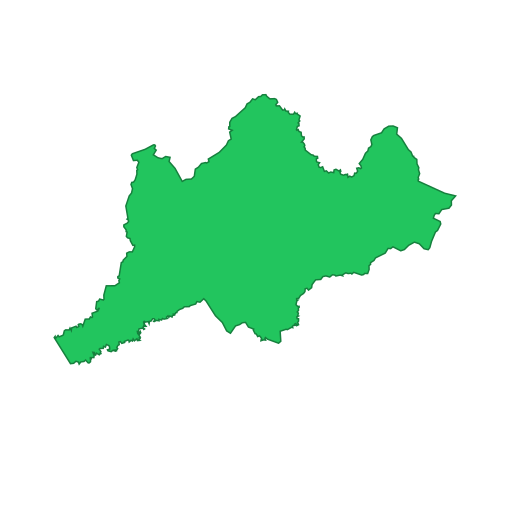 the district of Tonkpi, Dix-Huit Montagnes, Ivory Coast, rotated 25°
{"feature_id": "98640826B98350089255378", "entity_name": "Tonkpi", "entity_type": "district", "adm_level": 2, "iso_a3": "CIV", "parent_name": "Ivory Coast", "parent_adm1": "Dix-Huit Montagnes", "projection": "albers", "projection_center": [-7.715, 7.368], "detail": "fine", "context": "isolated", "style": "filled", "palette": "green", "viewbox_px": 512, "rotation_deg": 25, "n_neighbors": 0, "source": "geoboundaries", "source_scale": "gbopen_adm2", "svg_char_len": 6156}
<svg xmlns="http://www.w3.org/2000/svg" viewBox="0 0 512 512"><g transform="rotate(25 256 256)"><path d="M219.9,110.6L220.0,111.6L218.5,112.5L213.8,110.0L211.0,111.4L210.0,110.5L210.7,107.5L208.3,105.5L206.4,105.5L202.2,107.7L198.2,106.7L196.8,105.6L193.7,107.2L192.9,109.4L191.0,110.5L189.3,114.7L186.5,115.0L185.5,119.3L183.6,121.9L183.6,126.2L178.5,138.3L176.1,141.4L175.7,145.9L177.5,149.7L176.8,150.4L177.5,152.4L181.3,152.1L179.8,154.8L184.1,160.5L182.3,163.2L182.3,168.0L178.9,177.6L171.8,188.3L173.5,190.4L171.8,192.7L170.9,192.6L167.5,195.2L166.3,199.8L164.3,202.9L166.4,209.9L164.9,213.6L160.2,216.1L157.6,219.6L145.6,210.8L137.3,207.1L136.4,202.9L132.1,204.0L129.8,207.4L128.1,207.9L125.5,208.4L120.2,207.7L120.8,202.2L118.4,201.5L118.4,198.8L117.3,198.1L116.1,198.6L110.4,206.2L100.7,215.6L100.4,217.3L104.6,221.3L107.9,219.4L110.2,220.5L110.6,226.2L112.3,227.9L111.8,228.8L113.5,232.2L114.3,238.1L113.8,240.8L112.3,241.8L112.5,244.0L115.6,247.1L116.6,251.5L115.7,255.1L116.9,265.7L124.0,276.0L123.5,277.1L125.0,277.3L125.9,278.6L125.5,280.5L123.1,283.7L123.9,285.4L127.3,287.2L128.0,288.8L129.1,288.8L130.2,293.0L131.9,293.8L134.4,293.4L135.7,295.3L139.9,298.4L141.4,297.5L142.1,298.9L142.2,304.5L139.4,305.8L137.6,308.1L139.2,311.0L137.4,315.9L137.8,317.5L136.7,318.9L140.4,331.8L139.5,333.0L140.0,334.3L142.2,334.4L142.1,336.2L143.5,338.0L140.7,342.6L132.9,346.3L134.6,355.7L136.5,359.4L136.3,360.4L132.5,361.1L132.4,363.4L130.9,364.7L133.0,371.4L134.1,372.1L135.0,371.7L136.0,369.1L135.9,372.8L131.6,377.2L133.6,380.4L133.3,381.1L131.7,381.2L131.5,383.6L127.9,385.4L128.7,392.8L127.5,391.6L125.9,391.5L124.3,392.6L123.9,393.4L125.2,394.7L124.7,395.5L123.7,396.5L122.6,395.7L119.3,399.1L120.1,401.6L117.9,399.9L117.9,402.0L114.7,403.4L113.9,404.8L114.7,408.9L114.2,409.8L111.7,412.5L110.2,411.7L109.4,414.7L108.6,414.9L107.9,413.8L107.6,415.2L133.4,432.0L136.1,430.3L137.3,427.5L140.0,427.2L141.4,428.7L142.0,426.0L144.7,424.3L145.5,422.3L149.1,423.8L150.0,423.4L150.7,421.8L149.7,419.4L150.6,418.4L149.2,419.1L148.8,418.1L152.0,416.6L151.3,414.6L148.8,412.2L150.3,411.7L151.6,413.7L152.5,413.6L152.5,411.5L155.7,411.8L156.0,409.9L157.3,410.3L155.9,409.5L155.8,408.2L153.3,406.7L153.7,405.7L156.6,404.3L156.0,402.3L158.0,402.2L157.8,399.4L160.6,399.4L161.6,400.2L162.8,402.2L161.0,403.8L161.9,404.5L165.2,403.9L166.2,402.0L169.0,401.6L169.4,401.1L167.9,400.9L169.4,400.0L169.8,398.4L168.5,397.8L168.6,395.4L169.5,394.2L168.1,391.9L169.2,390.9L171.3,391.9L173.5,389.9L172.8,389.1L175.5,386.2L176.4,386.2L177.4,387.5L178.4,385.2L179.9,385.3L179.7,383.1L181.6,384.3L183.0,381.4L184.3,382.8L186.1,381.7L184.2,381.5L185.6,380.8L185.8,379.7L184.8,379.2L185.4,378.5L182.6,376.7L183.5,376.4L184.0,374.3L182.9,373.2L182.4,375.7L181.5,376.2L180.4,374.6L181.2,374.4L180.8,371.4L184.0,369.2L185.3,370.0L185.8,369.2L183.8,368.7L183.7,366.1L184.5,365.8L184.8,366.8L186.0,366.2L183.3,364.9L183.2,363.4L182.6,364.1L182.0,363.4L182.3,362.4L183.8,362.5L186.1,361.0L187.7,362.5L187.1,360.3L188.5,359.1L188.8,356.6L190.1,355.9L191.4,356.5L190.9,358.5L191.4,358.5L192.9,356.5L195.5,355.7L194.7,354.5L197.5,353.9L197.6,352.2L199.3,352.1L202.0,350.1L200.7,349.2L201.5,347.4L202.9,348.4L203.2,346.8L205.7,346.8L205.4,345.3L206.9,344.1L205.8,343.6L207.3,342.6L207.2,341.3L208.2,340.7L207.9,339.4L209.4,336.7L211.7,334.4L212.5,332.3L216.9,330.1L217.4,328.7L221.6,325.0L221.7,322.3L224.8,321.5L226.7,316.8L229.8,317.9L244.5,327.3L253.6,330.5L261.1,336.3L265.5,336.8L267.0,328.0L270.1,325.1L271.9,322.2L274.6,320.6L279.2,323.6L284.8,323.2L284.8,324.2L288.0,326.8L289.3,326.6L291.6,328.3L292.9,326.9L295.3,327.9L296.7,329.3L296.0,329.5L296.3,330.7L298.5,328.7L300.2,328.2L298.9,327.0L299.0,325.9L301.7,326.5L313.3,325.5L314.5,322.8L309.7,314.0L314.2,309.7L315.5,309.5L318.4,305.6L319.6,305.4L318.8,304.3L319.2,303.1L320.8,302.3L319.9,301.5L320.3,300.6L321.8,300.8L322.4,301.8L323.6,300.3L321.7,298.5L322.1,297.1L321.1,294.9L319.8,295.4L318.7,294.0L319.8,292.5L319.0,292.6L318.6,289.9L317.0,289.3L317.5,287.3L316.4,285.4L316.8,284.2L316.3,283.4L315.1,284.1L312.8,283.2L312.0,279.5L312.5,278.4L311.5,278.8L310.8,277.4L312.6,276.3L313.0,273.0L314.9,269.9L315.4,267.6L314.4,264.9L315.9,263.7L318.0,264.7L319.8,261.2L318.9,258.2L320.1,252.4L324.6,249.9L325.3,246.4L327.8,244.5L331.7,243.9L333.3,240.6L335.7,240.0L336.8,240.4L340.4,237.7L342.9,237.3L342.2,236.7L344.5,233.3L346.9,233.0L349.3,231.5L350.5,231.8L351.5,229.5L359.8,228.6L361.4,227.3L361.8,225.9L364.6,224.7L364.2,220.4L362.5,217.0L363.4,215.2L362.6,213.7L364.8,210.2L365.1,207.2L371.9,198.7L372.5,193.3L374.9,192.4L376.2,189.8L385.0,190.1L387.8,187.4L389.9,181.7L393.7,176.5L398.9,175.9L405.2,178.4L409.4,177.5L410.0,175.0L408.9,168.5L408.5,158.4L409.7,156.2L409.9,148.9L408.3,146.9L400.8,146.8L400.3,143.9L400.7,141.6L403.9,140.4L404.7,135.4L410.7,131.1L411.6,127.2L409.7,123.4L411.5,117.2L400.4,119.4L371.5,119.6L370.7,118.5L371.0,117.5L369.8,116.4L369.5,112.2L366.8,109.2L366.2,107.1L363.0,104.5L360.9,100.5L357.4,99.9L356.8,99.0L355.8,99.3L352.5,96.2L349.1,95.2L338.1,87.9L332.0,86.1L330.0,80.0L325.4,80.2L321.5,82.2L318.4,86.6L317.7,91.3L311.9,96.9L311.0,98.6L311.0,102.2L313.9,106.0L313.9,108.3L312.4,110.7L313.0,113.5L311.8,116.6L311.9,123.3L310.5,128.6L313.0,129.9L314.4,131.7L314.0,132.6L311.9,132.6L310.2,133.9L312.3,136.2L312.0,138.5L310.4,139.2L310.9,141.8L309.3,144.0L307.2,144.0L306.1,145.8L304.0,142.6L304.2,144.1L302.5,144.3L301.2,145.8L298.2,146.1L296.7,144.7L297.1,143.5L296.1,142.3L295.3,143.9L291.8,143.6L290.4,145.0L291.2,147.6L288.3,148.3L286.7,150.1L283.8,149.1L282.2,150.4L278.7,147.0L277.2,148.6L275.6,148.8L273.8,147.0L274.2,144.6L271.6,145.1L270.6,144.5L269.6,142.2L270.6,141.3L269.6,139.8L266.7,141.0L265.2,140.4L263.1,140.9L255.9,139.2L255.0,137.6L253.5,136.8L253.6,135.4L252.6,134.2L250.4,133.1L249.1,133.5L250.2,129.5L249.3,127.8L248.0,128.4L246.4,127.8L244.6,124.8L242.3,125.0L240.8,123.6L240.0,124.8L239.3,124.5L238.7,121.1L240.0,119.8L238.9,117.8L237.9,117.6L238.6,115.1L237.4,114.5L236.8,110.5L233.1,109.9L233.0,109.3L231.5,110.2L230.3,109.4L230.1,111.6L226.7,113.2L224.4,112.1L224.2,111.1L221.9,112.0L219.9,110.6Z" fill="#22c55e" stroke="#15803d" stroke-width="1.5"/></g></svg>